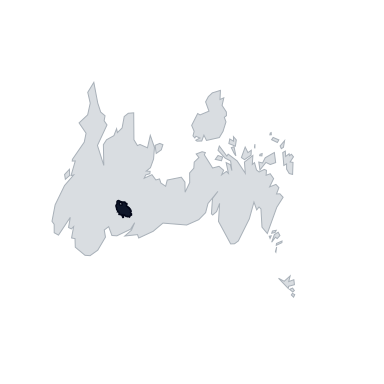 Nottinghamshire highlighted on a map of United Kingdom, rotated 116°
{"feature_id": "GBR-2764", "entity_name": "Nottinghamshire", "entity_type": "Administrative County", "adm_level": 1, "iso_a3": "GBR", "parent_name": "United Kingdom", "parent_adm1": "", "projection": "equal_earth", "projection_center": [-0.985, 53.13], "detail": "fine", "context": "in_parent", "style": "filled", "palette": "ink", "viewbox_px": 384, "rotation_deg": 116, "n_neighbors": 0, "source": "natural_earth", "source_scale": "10m", "svg_char_len": 5326}
<svg xmlns="http://www.w3.org/2000/svg" viewBox="0 0 384 384"><g transform="rotate(116 192 192)"><path d="M206.8,282.9L188.3,292.4L182.5,291.7L175.6,286.9L168.2,287.5L171.3,285.1L165.1,282.9L153.9,286.0L149.2,283.8L146.4,279.1L170.5,267.1L174.2,261.4L172.1,259.6L171.8,251.4L159.4,254.3L168.4,245.3L179.2,241.0L188.4,240.0L193.2,242.3L191.8,238.7L194.0,237.9L197.0,241.1L200.6,241.0L194.0,235.6L197.0,229.8L194.5,226.9L197.6,223.9L198.4,218.2L192.1,219.5L183.4,208.1L186.2,202.7L195.2,198.1L184.5,198.2L175.9,202.5L169.8,200.8L164.2,203.1L158.0,200.9L156.0,204.9L151.4,200.6L150.7,197.3L153.2,197.2L161.4,184.0L157.1,179.0L158.6,173.1L163.6,172.9L158.4,170.1L159.3,167.4L150.6,174.2L150.6,169.7L155.3,165.5L147.2,170.9L147.0,177.2L143.1,186.9L138.7,187.6L144.5,176.4L142.1,176.1L144.3,165.0L151.8,152.3L142.1,158.0L132.5,153.3L140.8,149.9L138.2,148.7L143.9,143.7L144.6,140.5L140.0,136.9L139.9,134.6L144.5,132.7L141.3,129.7L144.2,124.5L153.4,124.5L148.4,119.9L150.0,115.8L156.7,115.2L155.1,112.2L156.8,107.8L168.5,109.1L196.3,106.1L192.9,113.7L177.0,122.6L176.1,125.2L179.7,126.0L173.9,131.9L191.0,128.7L215.7,128.9L219.9,131.1L221.7,134.5L206.8,155.3L190.1,162.2L198.8,161.3L203.6,163.3L203.1,165.0L188.9,170.7L180.1,169.0L195.3,172.6L204.6,170.7L213.9,173.8L224.0,182.3L232.7,204.5L244.4,209.7L256.7,219.7L254.2,222.3L261.0,233.1L252.9,229.7L244.7,230.1L252.4,230.9L264.3,240.3L266.2,244.9L259.7,251.7L264.6,254.2L270.5,250.0L285.6,251.2L293.9,255.7L295.8,260.4L292.8,272.7L285.2,276.7L286.1,280.1L275.0,283.2L278.1,284.3L278.0,287.4L268.1,290.3L289.3,293.1L289.0,298.0L281.5,301.7L279.7,305.0L263.5,309.4L242.1,309.4L228.5,305.8L230.3,307.9L215.3,310.5L216.7,313.2L215.1,313.8L194.4,310.7L185.6,313.0L179.4,323.8L168.4,319.6L156.8,322.4L148.1,329.4L136.5,328.3L153.4,315.7L160.2,309.1L161.6,303.6L166.5,302.2L169.0,297.8L191.6,297.4L206.8,282.9ZM132.3,221.5L119.0,221.3L119.2,218.6L111.9,212.2L105.0,219.3L99.1,219.1L94.0,217.2L88.2,211.0L96.6,207.4L93.4,204.7L101.0,202.9L105.0,196.2L108.3,194.5L110.7,195.7L114.1,192.2L123.9,190.7L131.1,191.3L139.3,201.6L135.7,206.2L141.9,205.6L144.1,209.8L143.8,211.3L140.0,208.5L140.2,212.9L142.2,213.2L141.1,215.7L136.5,216.7L132.3,221.5ZM132.8,112.7L130.0,117.0L125.3,119.3L127.9,121.1L116.8,127.7L114.3,126.1L119.0,123.4L115.1,121.5L116.6,120.3L114.5,119.2L115.9,116.2L122.0,117.0L121.1,114.2L132.1,109.3L132.8,112.7ZM133.0,133.7L133.0,138.5L142.4,140.6L135.8,145.1L135.0,141.3L129.1,141.2L120.4,135.3L128.9,129.7L133.0,133.7ZM230.4,59.3L234.4,63.8L236.5,63.2L231.6,76.4L231.8,70.0L224.4,67.0L230.1,65.8L226.2,62.0L230.4,59.3ZM139.4,162.7L128.3,163.9L132.1,159.0L128.5,157.0L133.0,155.1L139.9,159.0L139.4,162.7ZM167.6,238.1L173.1,241.1L166.2,245.6L162.5,242.3L162.2,238.9L167.6,238.1ZM131.8,173.1L132.3,180.1L127.8,181.3L128.1,176.9L124.1,179.0L125.8,175.0L131.8,173.1ZM196.5,95.0L196.1,97.2L202.2,98.4L194.1,99.3L190.4,96.9L192.6,93.9L196.5,95.0ZM152.5,185.4L147.8,184.6L147.2,179.8L151.0,179.2L152.5,185.4ZM236.1,311.4L232.1,314.2L225.3,312.1L230.8,309.2L236.1,311.4ZM134.9,176.1L132.9,174.1L140.3,168.4L138.7,171.2L134.9,176.1ZM111.7,129.4L113.9,130.7L112.0,133.0L105.3,131.3L111.7,129.4ZM110.1,143.4L107.4,143.0L107.1,136.8L110.1,137.0L110.1,143.4ZM236.7,61.6L234.3,59.5L235.7,56.8L237.7,57.6L236.7,61.6ZM203.0,92.9L201.2,93.5L196.6,89.6L198.1,89.0L203.0,92.9ZM194.1,102.3L191.8,102.6L189.5,99.5L192.0,99.6L194.1,102.3ZM242.0,54.6L241.0,57.6L239.1,57.3L239.2,54.7L242.0,54.6ZM209.0,90.9L204.3,91.8L209.4,90.2L209.0,90.9ZM129.7,147.1L128.3,147.4L126.7,145.8L128.9,145.0L129.7,147.1ZM199.5,101.5L197.9,103.2L196.7,101.6L199.5,101.5ZM124.2,155.6L121.4,156.4L125.2,154.6L124.2,155.6ZM106.5,147.1L104.7,147.5L103.9,146.9L105.8,145.8L106.5,147.1Z" fill="#d9dde1" stroke="#a8b0b8" stroke-width="1"/><path d="M239.2,236.3L239.8,236.7L239.8,236.8L239.4,237.0L239.5,237.1L241.8,237.2L241.7,237.5L241.8,237.8L242.0,238.1L242.2,238.6L242.3,238.7L242.2,238.8L242.1,239.1L242.2,239.3L242.3,239.4L242.4,239.5L242.5,239.6L242.8,240.4L242.9,240.6L242.8,240.9L242.4,241.8L242.2,243.0L243.3,243.1L243.7,242.8L244.3,242.8L244.8,243.0L245.0,242.7L245.1,242.8L245.2,243.0L244.8,243.4L244.6,243.8L244.0,243.8L243.7,244.0L243.2,244.1L242.9,244.6L242.9,244.9L243.0,244.9L243.7,244.9L243.6,245.5L243.7,246.0L243.6,246.3L243.8,246.6L243.6,247.0L243.9,247.3L244.1,247.8L243.0,248.2L242.6,248.7L242.1,249.0L242.0,249.5L242.4,250.2L241.9,250.3L241.3,250.7L241.3,251.0L240.7,252.0L239.7,252.7L239.1,252.8L239.1,253.2L238.7,253.6L238.2,253.8L238.1,254.1L237.9,254.3L236.4,254.4L236.0,254.2L235.4,254.3L234.7,254.7L234.0,254.9L233.5,255.2L232.7,255.1L232.0,254.5L231.8,254.0L231.9,252.8L232.3,252.8L232.6,252.3L231.8,251.9L231.8,251.3L231.5,250.6L231.5,249.5L230.7,248.8L230.7,248.3L230.5,247.8L230.7,247.5L231.2,247.2L231.3,246.9L230.9,245.7L231.0,245.4L231.7,245.1L232.4,245.1L232.6,244.9L233.5,244.7L233.4,244.2L233.5,243.6L233.4,243.0L233.5,242.7L233.9,242.6L234.1,242.2L234.0,241.9L234.1,241.6L233.8,241.4L234.0,241.1L234.7,240.5L234.5,240.2L235.0,240.0L235.1,239.7L235.0,239.2L235.7,238.5L236.1,238.2L236.9,238.2L237.2,238.4L237.4,238.3L238.0,237.7L238.1,236.9L239.2,236.3ZM233.9,252.6L234.5,252.0L235.3,251.3L235.3,250.8L235.0,250.2L234.6,249.6L234.1,249.3L233.4,249.4L232.9,250.0L232.7,250.6L232.7,251.4L233.0,252.0L233.3,252.4L233.9,252.6Z" fill="#0f172a" stroke="#020617" stroke-width="1.5"/></g></svg>